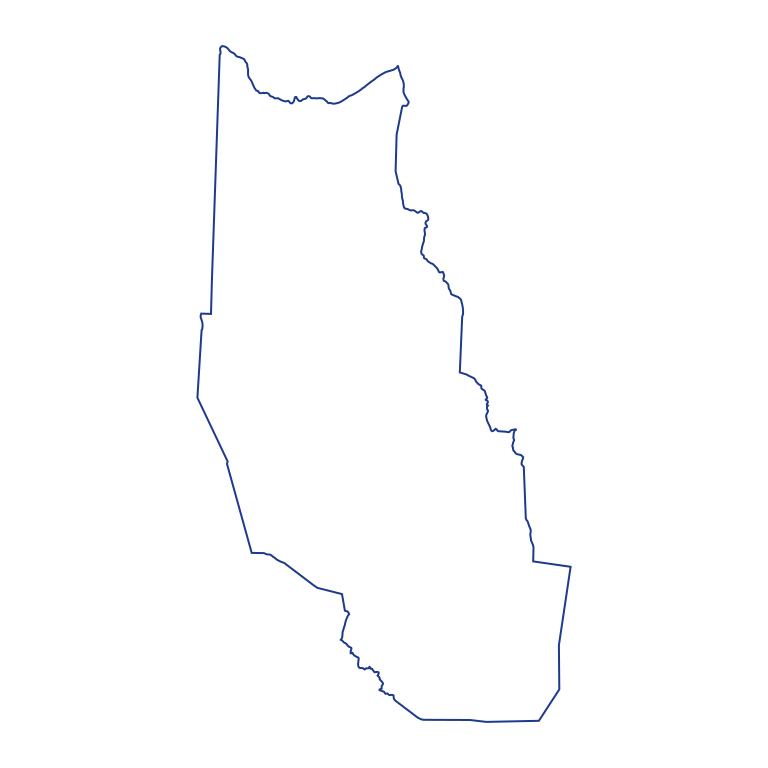 the district of La Union, Olancho, Honduras
{"feature_id": "27666195B95700433875846", "entity_name": "La Union", "entity_type": "district", "adm_level": 2, "iso_a3": "HND", "parent_name": "Honduras", "parent_adm1": "Olancho", "projection": "natural_earth1", "projection_center": [-86.67, 15.11], "detail": "fine", "context": "isolated", "style": "outline", "palette": "blue", "viewbox_px": 768, "rotation_deg": 0, "n_neighbors": 0, "source": "geoboundaries", "source_scale": "gbopen_adm2", "svg_char_len": 5991}
<svg xmlns="http://www.w3.org/2000/svg" viewBox="0 0 768 768"><path d="M423.5,719.8L470.0,720.0L486.3,721.9L538.9,720.8L559.3,689.4L558.9,645.2L570.6,566.8L533.2,561.4L533.5,547.2L532.8,544.5L531.1,540.6L530.3,534.9L530.4,533.4L530.7,532.0L530.7,529.8L530.4,529.0L529.0,525.6L527.9,522.1L527.2,520.8L526.3,519.7L525.8,518.2L523.8,466.9L521.8,464.7L521.5,463.9L521.9,461.2L523.0,458.5L523.2,457.2L522.9,456.8L520.9,455.0L517.2,454.2L516.3,453.8L515.7,453.3L515.1,452.5L514.4,451.4L513.6,450.8L513.4,450.5L513.1,449.3L512.9,447.5L512.4,446.3L512.4,445.5L512.8,444.2L513.0,442.9L513.9,440.7L514.1,440.1L513.9,439.2L513.5,438.5L513.4,438.1L513.6,434.6L513.9,432.6L514.6,430.6L515.1,430.2L515.8,430.0L515.9,429.5L515.7,429.3L511.6,430.0L510.6,430.6L509.8,431.7L508.7,432.1L507.8,432.1L505.6,431.7L498.3,431.2L497.5,430.7L496.7,429.5L496.1,429.0L495.7,428.8L495.4,429.0L494.7,429.8L493.0,431.0L492.2,431.2L491.5,430.8L490.8,429.5L490.0,426.9L487.0,420.6L486.1,416.2L486.2,415.1L487.7,412.0L488.0,410.9L487.9,410.3L487.4,409.9L487.1,409.3L487.0,406.8L487.1,406.3L487.7,406.0L488.0,405.5L486.9,405.0L486.8,404.8L487.0,403.9L487.8,402.4L487.9,401.9L487.7,401.3L487.4,400.7L486.9,400.4L486.1,400.2L485.7,399.8L485.9,399.4L487.0,398.2L487.2,397.9L487.2,397.6L487.0,396.9L486.3,395.8L484.8,391.1L484.3,390.5L482.8,389.6L481.7,388.7L481.3,387.9L481.3,386.0L481.2,385.7L480.7,385.3L478.9,384.5L476.4,382.0L475.2,379.7L474.6,378.8L473.8,378.1L468.4,375.6L466.8,374.6L459.8,372.4L462.2,316.6L462.5,315.8L462.9,314.6L463.1,312.7L463.0,309.8L462.7,307.0L462.3,305.0L461.0,299.7L460.3,298.9L458.4,297.2L452.4,294.8L451.2,294.1L450.2,290.5L449.9,290.0L449.3,289.3L448.8,288.4L448.4,285.0L448.1,284.3L446.5,282.4L445.7,281.7L444.8,281.1L443.7,280.8L443.3,278.8L444.1,276.2L444.2,275.6L443.4,273.2L442.8,272.0L442.5,272.0L439.8,272.4L439.2,272.2L438.9,271.8L438.4,270.6L437.6,269.1L436.3,267.4L433.2,264.3L432.0,263.6L430.7,263.2L428.1,261.4L427.3,260.6L426.9,259.8L426.6,259.4L425.8,258.9L424.7,258.5L424.1,258.1L423.9,257.7L423.9,256.4L423.6,255.4L422.6,254.8L421.7,253.9L421.2,252.5L421.2,251.0L421.7,249.5L422.0,247.4L422.9,243.9L423.9,241.2L424.1,237.6L425.0,234.6L425.0,233.7L424.5,230.3L424.6,228.9L425.0,228.0L425.8,227.6L426.7,227.3L427.1,226.7L426.8,225.6L425.7,224.0L425.5,223.3L425.5,222.7L425.7,222.1L426.2,221.3L427.9,220.1L428.1,219.9L428.3,219.1L428.3,218.3L428.0,216.6L427.2,214.6L426.6,213.8L425.1,213.0L424.0,212.9L423.5,212.8L422.5,212.1L421.8,211.3L421.4,211.1L421.0,211.0L420.6,211.1L418.2,212.7L417.6,212.8L417.2,212.6L414.6,210.7L413.9,210.3L413.0,210.2L411.7,210.4L410.3,210.4L407.7,209.1L405.0,208.5L404.6,208.2L404.0,207.2L403.5,205.5L403.1,203.5L402.8,200.3L402.1,198.2L401.7,193.1L401.3,191.1L401.2,189.3L400.5,186.1L399.9,185.2L398.5,183.8L395.6,171.3L396.6,134.7L402.2,106.6L403.0,105.8L403.8,105.7L406.0,105.9L406.7,105.7L407.3,105.1L408.6,102.8L408.5,101.4L407.3,99.8L405.3,96.3L403.8,93.1L403.5,91.9L403.5,88.4L403.8,87.1L403.8,85.7L403.8,84.5L403.6,83.0L403.1,81.0L401.5,77.6L400.7,75.7L400.1,72.6L399.5,71.3L398.9,69.7L398.2,66.7L397.6,65.3L397.6,66.4L397.2,67.0L395.6,68.5L393.4,69.8L385.9,72.0L381.1,74.6L376.5,77.6L374.2,79.6L371.3,81.6L365.6,86.0L364.7,86.9L362.5,88.3L361.1,89.5L358.1,91.6L352.2,95.0L349.2,96.1L346.9,97.9L342.3,100.9L339.1,102.6L336.0,103.4L333.9,103.7L332.8,103.6L330.3,103.0L328.4,103.1L327.9,102.8L327.0,101.6L323.2,98.5L319.7,98.1L317.3,98.3L315.1,98.3L314.2,98.1L312.1,98.3L311.2,98.1L309.6,96.4L308.7,96.1L308.0,96.3L307.4,96.6L306.6,97.8L306.0,98.5L304.5,99.0L303.3,99.2L301.3,100.7L300.4,101.1L299.4,101.0L298.7,100.6L297.0,98.5L296.4,97.1L295.9,96.9L295.4,97.0L295.0,97.3L294.7,98.2L294.1,100.5L293.4,102.1L292.3,103.1L291.8,103.3L291.2,103.4L290.4,103.1L288.9,101.3L288.5,100.9L287.6,100.9L286.3,101.3L285.1,101.4L281.3,100.1L278.3,98.3L275.3,98.3L274.5,98.2L273.0,97.0L270.4,96.1L269.9,95.7L269.1,94.3L268.5,93.7L266.7,92.8L265.0,93.0L264.4,93.2L264.0,93.1L263.5,92.8L261.6,93.2L260.1,93.1L259.4,92.9L258.9,92.5L258.5,91.5L258.0,91.0L257.0,90.8L256.2,90.4L254.4,87.8L251.2,80.6L249.1,77.8L248.6,76.8L248.2,75.4L248.0,73.5L248.1,69.9L247.8,68.3L247.3,66.4L247.3,65.2L247.2,64.4L246.7,63.2L245.5,61.8L244.1,59.1L240.5,57.5L239.1,57.0L237.8,56.8L236.8,56.4L236.2,55.9L234.2,53.5L231.4,52.1L230.1,51.3L228.8,49.8L227.7,48.4L226.6,47.5L225.6,46.9L224.1,46.4L222.7,46.1L221.9,46.2L220.7,47.3L220.3,48.0L220.0,48.7L220.5,51.9L220.5,53.1L220.3,54.1L219.7,55.0L211.9,280.8L211.0,313.9L201.2,313.6L200.8,315.1L200.6,317.0L202.3,322.3L202.5,324.0L202.6,326.1L202.2,329.4L201.6,330.0L197.4,397.7L227.6,461.4L227.0,463.9L251.7,552.9L263.9,553.1L266.7,554.3L269.8,554.6L270.5,554.8L271.7,555.5L273.0,556.8L274.2,557.4L276.2,559.1L277.3,559.9L280.8,561.7L282.9,562.5L284.0,562.8L313.5,585.2L317.5,587.9L342.0,594.1L344.9,610.7L347.1,611.3L348.1,612.0L348.5,612.6L349.1,614.2L348.7,614.8L348.1,615.4L347.1,617.3L345.6,621.3L344.8,625.1L344.6,626.0L344.0,627.0L343.8,628.3L342.7,631.8L342.2,637.3L341.6,638.8L340.8,639.8L342.1,640.5L344.1,642.6L346.3,643.7L347.6,645.5L348.6,646.5L350.9,647.6L351.3,647.9L351.4,648.3L351.3,649.2L350.7,651.0L350.6,652.8L350.7,653.3L351.1,653.3L352.0,652.8L352.4,652.8L352.7,653.1L352.9,653.8L353.2,654.3L354.4,655.5L356.5,656.8L358.0,657.4L358.5,657.8L358.7,658.6L358.1,663.7L358.1,664.9L358.4,666.4L359.0,667.4L359.5,667.8L360.0,668.1L361.8,668.0L363.0,668.3L363.7,668.8L364.2,669.0L364.6,669.4L364.9,669.3L365.3,668.8L366.0,668.3L367.3,668.4L368.4,668.2L369.5,666.9L370.0,667.3L370.0,668.1L370.2,668.5L370.8,668.8L371.5,668.6L372.0,668.7L373.0,670.3L374.5,672.2L377.2,671.9L377.9,672.0L378.4,672.2L378.7,672.7L378.7,673.5L377.6,675.6L379.5,677.4L379.8,679.5L381.1,680.8L382.2,682.1L382.8,683.0L383.0,683.7L382.8,684.4L381.7,686.0L381.6,688.6L379.6,689.5L379.5,690.0L380.5,690.5L383.9,691.7L385.5,693.8L386.7,693.5L387.4,693.5L389.3,695.1L392.0,694.9L392.8,695.0L393.2,695.2L393.6,695.7L393.7,697.8L393.9,698.7L394.2,699.3L395.5,700.8L418.1,717.9L421.5,719.4L423.5,719.8Z" fill="none" stroke="#1e3a8a" stroke-width="2"/></svg>